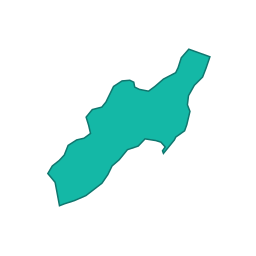 outline of Yuseong-gu, Daejeon, South Korea, rotated 26°
{"feature_id": "91817680B90442190394967", "entity_name": "Yuseong-gu", "entity_type": "district", "adm_level": 2, "iso_a3": "KOR", "parent_name": "South Korea", "parent_adm1": "Daejeon", "projection": "equal_earth", "projection_center": [127.336, 36.369], "detail": "fine", "context": "isolated", "style": "filled", "palette": "teal", "viewbox_px": 256, "rotation_deg": 26, "n_neighbors": 0, "source": "geoboundaries", "source_scale": "gbopen_adm2", "svg_char_len": 837}
<svg xmlns="http://www.w3.org/2000/svg" viewBox="0 0 256 256"><g transform="rotate(26 128 128)"><path d="M170.4,28.1L155.5,29.7L148.1,30.5L145.1,41.5L146.6,51.8L146.6,57.4L138.4,68.5L134.0,78.8L130.3,85.9L121.3,88.3L116.1,88.3L113.1,84.3L108.7,84.3L102.0,88.3L96.8,97.0L96.8,114.4L95.3,120.7L87.8,127.1L85.6,136.6L91.5,142.9L96.7,149.3L93.0,156.4L87.1,161.2L84.0,166.3L81.8,169.9L82.6,180.2L80.4,187.4L76.6,195.3L75.9,204.1L81.1,206.4L86.3,208.8L89.3,212.8L100.5,227.9L104.2,223.9L111.6,216.8L119.8,207.2L128.8,189.0L130.3,178.7L130.3,169.1L134.0,160.4L137.0,147.7L145.1,139.8L148.1,130.3L158.5,127.1L163.8,126.3L169.7,128.7L169.0,133.4L171.0,135.3L174.9,118.4L174.9,115.2L180.1,105.7L179.4,99.3L176.4,85.9L171.2,81.1L168.2,72.4L168.9,60.5L172.7,49.5L171.9,40.0L170.4,28.1Z" fill="#14b8a6" stroke="#0f766e" stroke-width="1.5"/></g></svg>